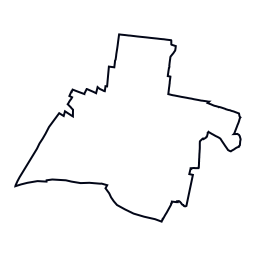 Gighera, Dolj, Romania (orthographic projection)
{"feature_id": "2599482B25349704513245", "entity_name": "Gighera", "entity_type": "district", "adm_level": 2, "iso_a3": "ROU", "parent_name": "Romania", "parent_adm1": "Dolj", "projection": "orthographic", "projection_center": [23.823, 43.841], "detail": "fine", "context": "isolated", "style": "outline", "palette": "ink", "viewbox_px": 256, "rotation_deg": 0, "n_neighbors": 0, "source": "geoboundaries", "source_scale": "gbopen_adm2", "svg_char_len": 5291}
<svg xmlns="http://www.w3.org/2000/svg" viewBox="0 0 256 256"><path d="M239.0,113.5L234.3,111.7L234.1,111.6L233.5,111.4L232.4,111.1L231.9,111.0L231.0,110.7L230.4,110.4L230.1,110.3L229.2,110.1L228.4,110.0L227.8,109.8L226.8,109.5L225.8,109.2L225.6,109.0L224.5,108.6L221.2,107.5L219.8,107.1L219.3,107.0L218.8,106.9L218.7,107.0L218.6,106.9L218.2,106.8L216.9,106.4L216.7,106.3L215.8,106.1L214.5,105.8L213.7,105.5L213.4,105.4L211.8,104.7L211.2,104.4L210.0,104.0L209.1,103.6L207.6,103.0L207.8,102.8L207.9,102.7L209.0,101.7L208.9,101.7L205.9,101.2L202.4,100.7L201.2,100.6L198.3,100.0L193.8,99.2L192.6,98.9L191.3,98.6L191.2,98.6L188.7,98.2L187.3,97.9L183.4,97.2L182.7,97.1L182.3,97.0L182.1,97.0L179.1,96.4L174.0,95.4L173.2,95.3L172.8,95.2L172.7,95.2L171.4,94.9L169.5,94.4L168.3,94.1L169.1,87.5L169.3,86.3L169.5,84.4L169.7,83.2L169.7,82.6L169.8,81.5L169.8,81.4L170.1,79.1L170.4,77.0L170.4,76.6L167.8,76.1L167.9,75.5L167.9,74.8L168.0,74.5L168.1,73.7L168.2,73.0L168.3,72.5L168.3,72.3L168.4,71.4L168.6,70.3L168.7,69.6L168.8,69.1L168.9,68.3L168.9,68.1L169.1,68.0L169.2,67.8L169.2,67.6L169.2,67.4L169.3,67.2L169.4,66.9L169.4,66.3L169.4,66.1L169.3,65.7L169.4,65.0L169.4,64.7L169.5,64.3L169.5,63.9L169.8,61.5L170.1,59.3L170.2,58.9L170.2,58.6L170.4,57.0L170.5,56.9L170.6,56.7L170.7,56.4L171.1,55.9L171.4,55.6L171.9,54.9L172.5,54.2L173.1,53.5L173.5,52.9L173.7,52.7L173.9,52.4L174.0,52.2L174.5,51.4L174.9,51.0L175.0,50.7L175.2,50.4L175.3,49.7L175.5,48.7L175.5,48.4L175.6,48.0L175.7,46.8L175.8,46.1L174.3,45.6L173.7,45.4L171.8,44.8L171.7,44.8L171.5,44.7L171.4,44.6L171.3,44.4L171.3,44.2L171.3,42.0L171.3,41.6L171.3,40.7L171.2,40.3L171.1,40.2L170.9,40.2L170.3,40.1L169.4,40.0L166.8,39.7L164.1,39.3L163.1,39.2L162.9,39.2L159.8,38.9L157.4,38.6L150.7,37.9L149.8,37.8L146.4,37.4L140.5,36.8L137.6,36.5L130.2,35.6L128.6,35.5L125.4,35.1L120.6,34.6L119.3,34.4L119.1,34.4L119.0,35.1L118.1,41.7L117.7,45.0L117.2,48.5L116.3,54.2L116.1,56.2L115.6,59.6L115.0,60.8L114.9,62.4L114.3,67.3L108.9,66.6L107.7,79.7L107.1,86.4L105.5,86.2L104.8,91.2L104.3,91.1L103.8,90.9L102.3,90.1L99.7,88.9L97.6,87.1L96.1,93.2L93.7,92.0L86.8,89.0L86.7,89.0L84.8,92.8L84.3,93.9L84.3,94.0L82.9,93.5L77.0,91.3L72.6,89.6L71.7,91.8L71.4,91.6L70.5,93.5L69.4,96.0L72.1,97.3L72.0,97.5L71.9,97.8L71.7,98.0L71.5,98.3L71.4,98.6L71.3,98.8L71.2,98.9L71.1,99.1L70.5,99.8L70.2,100.2L69.8,100.8L69.6,101.1L69.4,101.4L69.2,101.7L69.0,102.1L68.9,102.4L68.8,102.5L68.7,102.7L68.1,103.7L67.7,104.2L71.1,107.6L71.3,108.0L73.0,109.7L72.9,116.4L71.1,115.3L65.0,111.3L63.7,116.0L62.7,115.4L59.2,113.2L49.0,127.0L45.6,133.6L42.7,138.6L39.5,143.5L37.0,148.7L19.6,177.2L17.5,181.1L15.6,185.3L15.4,186.2L21.1,184.4L27.5,182.8L37.5,181.1L46.5,181.6L46.6,180.3L52.3,179.5L65.9,180.3L71.5,181.6L80.6,183.1L89.4,182.8L100.3,183.7L101.6,183.6L107.2,185.2L105.5,188.3L109.2,193.3L111.1,197.4L113.8,201.3L117.0,205.0L125.0,209.4L133.6,213.6L144.1,216.7L155.1,219.2L161.6,221.6L162.5,219.3L162.7,219.5L165.2,215.0L166.7,212.6L171.0,204.8L171.1,204.4L171.2,204.0L171.3,203.8L171.3,203.6L171.2,203.4L171.3,203.3L171.4,203.2L171.8,203.0L171.8,202.9L171.8,202.3L171.9,202.0L171.9,201.9L171.9,201.6L174.5,201.9L175.3,202.0L176.0,202.1L176.9,202.1L177.5,202.1L177.2,201.3L177.3,201.3L177.6,201.2L178.1,201.2L178.3,201.1L178.5,201.1L178.8,201.1L179.0,201.2L179.3,201.3L179.6,201.5L179.9,201.8L180.1,201.9L180.2,202.1L180.4,202.3L180.6,202.5L181.0,202.9L181.6,203.8L181.8,204.1L182.0,204.3L182.2,204.5L182.3,204.6L182.8,204.9L183.0,204.9L183.2,205.0L183.3,205.0L183.4,205.3L183.5,205.5L183.8,205.7L183.8,205.8L184.0,206.0L184.3,206.2L185.3,206.3L185.5,206.3L186.4,205.9L188.7,194.9L192.9,174.9L189.3,174.1L190.6,168.5L191.2,168.7L191.2,168.4L191.1,168.2L192.6,168.1L193.6,168.0L194.1,168.0L194.4,168.0L194.6,168.1L194.9,168.1L195.3,168.1L195.6,168.1L195.9,168.1L198.5,168.1L198.6,167.9L198.7,167.7L198.7,167.3L198.8,167.3L198.8,167.1L199.0,163.7L199.0,162.5L199.0,162.1L199.1,161.6L199.1,161.1L199.1,160.3L199.2,158.3L199.3,157.5L199.3,157.0L199.3,156.7L199.4,154.4L199.4,154.1L199.5,152.9L199.6,151.5L199.6,151.1L199.6,150.6L199.7,150.1L199.8,147.8L199.8,146.3L199.8,145.0L199.8,143.4L199.9,141.4L200.2,141.0L202.0,139.3L202.5,138.8L202.8,138.6L203.0,138.5L203.5,139.1L204.4,138.6L205.9,137.7L206.3,137.2L206.4,136.9L206.7,136.9L206.9,136.6L207.1,136.0L207.2,135.5L207.7,133.7L207.7,132.7L207.9,132.5L208.3,132.2L208.5,131.9L208.6,132.0L211.0,133.4L212.2,134.1L213.0,134.5L214.2,135.2L215.8,136.1L217.5,136.9L218.8,137.6L219.6,138.1L220.2,138.5L220.4,138.7L220.7,139.1L221.2,139.9L221.5,140.4L222.7,142.2L224.4,144.7L224.9,145.5L225.4,146.2L226.4,147.6L227.9,149.8L228.1,150.1L228.9,150.5L229.6,150.9L230.7,151.3L230.9,151.3L231.5,150.8L233.3,149.8L234.3,149.2L235.7,148.2L236.7,147.6L237.4,147.3L238.3,147.0L239.0,146.7L238.9,146.2L239.3,145.9L239.7,145.5L239.9,145.1L240.2,141.3L240.6,139.6L240.5,138.7L240.0,137.2L239.9,136.6L239.8,136.2L239.5,135.8L239.0,134.9L238.6,134.7L237.4,133.9L236.8,134.0L233.8,134.1L234.0,133.9L234.2,133.7L235.1,131.4L235.3,130.8L236.3,128.3L236.5,127.7L237.0,126.5L237.4,125.3L237.9,124.1L238.0,124.0L238.1,123.7L238.6,122.4L239.1,120.9L239.6,119.0L240.0,118.0L240.1,117.8L240.2,117.5L240.3,117.5L240.4,117.4L240.1,117.1L239.9,117.0L239.9,116.9L239.8,116.7L239.7,116.5L239.5,116.2L239.2,114.5L239.0,113.5Z" fill="none" stroke="#020617" stroke-width="2"/></svg>